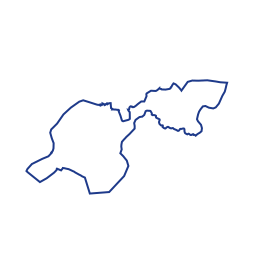 Ngaski, Kebbi, Nigeria, rotated 41°
{"feature_id": "59680162B87284296025200", "entity_name": "Ngaski", "entity_type": "district", "adm_level": 2, "iso_a3": "NGA", "parent_name": "Nigeria", "parent_adm1": "Kebbi", "projection": "robinson", "projection_center": [4.799, 10.576], "detail": "fine", "context": "isolated", "style": "outline", "palette": "blue", "viewbox_px": 256, "rotation_deg": 41, "n_neighbors": 0, "source": "geoboundaries", "source_scale": "gbopen_adm2", "svg_char_len": 4151}
<svg xmlns="http://www.w3.org/2000/svg" viewBox="0 0 256 256"><g transform="rotate(41 128 128)"><path d="M133.9,64.2L133.4,64.4L133.1,64.5L133.2,65.1L133.2,65.4L133.2,65.6L133.2,65.9L133.3,66.5L133.4,67.0L133.5,67.3L133.7,68.2L133.8,68.5L133.7,68.8L133.6,69.0L133.6,69.3L133.7,69.7L133.9,69.8L134.0,70.0L133.9,70.2L133.9,70.5L133.8,71.1L131.1,74.4L128.1,76.8L127.7,76.9L127.4,76.8L126.1,77.6L125.8,77.6L125.6,77.4L125.3,80.1L124.7,81.8L120.9,84.8L119.4,89.6L119.5,90.0L119.6,90.4L121.1,91.8L122.9,97.3L120.6,99.3L119.9,102.5L119.5,104.8L119.5,105.4L119.3,106.1L119.2,106.5L119.1,107.0L119.0,107.4L118.9,107.9L118.7,108.2L118.6,108.3L118.5,108.6L118.2,108.9L118.0,109.0L117.7,109.0L117.6,109.4L117.4,109.5L116.8,109.4L116.4,109.5L115.9,109.8L115.7,110.0L115.7,110.3L115.6,110.6L115.6,111.3L115.7,111.7L115.8,111.9L116.0,112.3L116.2,112.6L116.4,112.9L116.5,113.1L116.6,113.3L116.6,113.6L116.5,113.8L116.3,114.1L116.1,114.2L116.7,114.5L117.9,114.8L118.9,114.9L121.6,117.9L123.4,119.9L123.2,120.9L122.7,122.0L121.9,123.1L119.9,126.1L119.1,126.4L118.6,126.2L118.1,126.1L114.3,123.7L111.4,122.2L111.0,122.0L109.5,121.1L109.6,120.6L109.4,120.5L108.8,120.6L108.5,120.9L107.8,121.4L107.2,121.8L106.4,122.3L105.9,122.7L105.4,123.2L105.2,123.3L104.7,123.6L104.0,124.3L103.9,124.0L103.6,123.8L103.2,124.1L102.6,124.0L102.2,124.1L100.1,122.1L98.6,120.6L97.9,121.2L97.2,122.3L97.1,122.8L96.9,122.9L96.9,123.1L96.9,123.5L96.7,123.5L96.4,123.3L96.3,122.9L96.0,123.1L96.3,123.9L96.1,124.0L96.0,123.9L95.7,124.2L95.6,124.4L95.7,125.3L95.6,125.5L95.3,125.0L94.4,125.9L93.7,125.8L93.4,126.0L93.0,126.1L93.3,126.3L93.7,126.3L93.8,126.6L93.4,127.3L93.0,127.8L92.8,127.7L92.8,128.0L92.6,129.1L92.3,129.2L92.1,127.9L91.9,128.0L91.5,128.7L91.3,128.9L91.3,129.0L91.3,129.3L91.2,129.4L89.7,130.5L88.4,131.1L81.9,133.9L76.0,136.5L73.9,140.2L73.9,140.3L71.5,150.1L70.4,159.9L70.4,160.2L71.1,166.7L71.6,171.2L71.2,177.0L71.0,179.5L72.4,182.6L75.9,184.9L77.5,185.9L81.8,188.2L85.1,192.2L86.2,194.5L86.2,196.5L86.2,196.8L86.7,196.8L86.5,201.6L86.4,201.8L84.0,206.6L83.6,207.4L79.1,218.2L79.0,224.2L79.0,224.9L79.4,226.4L79.6,227.1L81.0,227.2L96.9,226.6L97.0,226.6L99.6,219.3L101.5,210.2L101.7,206.6L101.0,205.5L101.0,205.3L105.3,203.9L105.2,201.1L105.1,200.9L106.5,200.0L107.9,199.3L110.2,198.0L112.2,197.4L114.4,196.8L116.0,196.3L117.3,196.2L119.1,195.8L120.0,195.6L121.1,195.4L122.2,195.1L123.9,194.7L125.0,194.6L128.0,193.7L142.2,202.5L155.8,188.7L156.6,166.8L153.2,156.4L148.5,153.4L145.7,152.9L143.0,152.4L138.8,152.1L137.3,148.3L135.1,146.4L133.9,144.8L132.5,142.4L132.5,139.2L132.6,137.7L132.6,135.9L133.1,131.5L133.2,128.6L133.4,124.1L131.7,122.1L129.4,120.2L128.4,116.9L129.5,112.2L130.9,110.5L131.2,110.2L131.3,110.1L131.7,107.5L130.3,103.7L130.7,102.8L130.8,102.6L131.5,102.0L132.5,101.3L133.2,100.7L133.8,100.4L135.7,101.0L136.5,101.4L137.1,102.3L137.5,102.3L138.1,102.2L138.5,101.8L139.2,101.1L139.9,100.8L140.5,100.5L141.2,100.5L141.9,101.4L142.5,101.7L143.9,101.4L145.4,100.9L146.2,100.8L146.7,101.2L147.0,102.1L147.5,103.2L148.9,104.2L149.9,104.3L151.1,104.4L152.0,103.8L152.4,103.3L152.9,103.5L153.4,104.5L155.0,104.5L156.0,104.2L156.4,104.0L156.6,103.7L156.7,102.5L156.9,101.8L157.2,101.2L157.4,100.9L157.9,100.7L159.3,100.6L160.8,100.0L161.3,99.3L161.9,98.6L163.3,98.6L164.8,98.1L166.2,97.6L167.2,97.6L167.8,97.2L168.1,96.6L168.1,95.9L168.0,95.1L168.0,94.5L168.1,94.4L168.2,94.2L168.9,93.7L169.4,92.9L170.1,92.0L170.6,91.7L171.2,91.8L171.8,92.3L172.3,92.9L172.9,93.5L173.8,94.1L174.2,94.3L174.5,94.4L175.8,94.2L176.9,93.9L177.2,93.0L177.3,92.9L177.5,92.5L177.8,92.4L179.5,92.3L180.0,92.1L180.3,91.8L180.9,90.4L181.0,90.3L181.1,90.1L181.2,89.9L181.4,89.9L181.6,90.1L181.8,90.3L182.1,90.2L182.6,89.6L183.0,89.4L184.1,89.4L184.4,87.1L185.3,84.3L185.6,82.2L183.9,79.6L181.0,77.7L176.4,77.0L174.3,76.1L172.0,71.8L170.9,69.0L170.5,66.4L170.3,62.6L172.0,60.6L175.7,59.6L179.5,57.3L180.6,55.1L180.7,54.9L180.7,54.1L180.6,50.0L178.1,41.8L177.2,37.1L175.8,34.2L174.1,31.0L173.1,28.8L167.7,32.9L163.4,35.5L156.5,40.0L149.9,46.3L145.4,50.0L143.4,53.1L142.8,54.0L143.8,64.7L143.5,64.6L139.9,64.0L135.3,63.8L133.9,64.2Z" fill="none" stroke="#1e3a8a" stroke-width="2"/></g></svg>